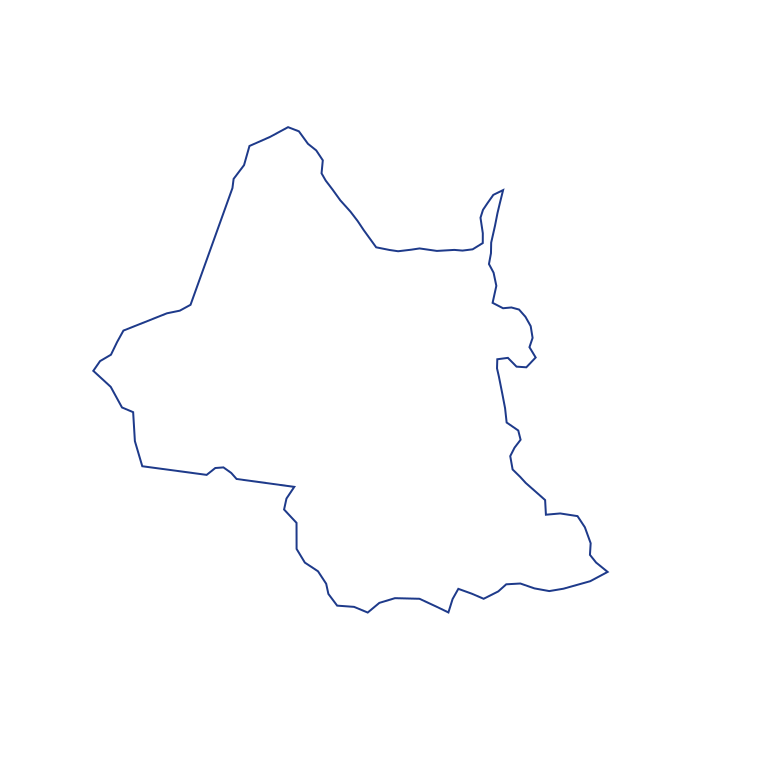 Ouro Verde de Goiás, Goiás, Brazil, rotated 111°
{"feature_id": "56859067B9347116890532", "entity_name": "Ouro Verde de Goiás", "entity_type": "district", "adm_level": 2, "iso_a3": "BRA", "parent_name": "Brazil", "parent_adm1": "Goiás", "projection": "albers", "projection_center": [-49.231, -16.245], "detail": "fine", "context": "isolated", "style": "outline", "palette": "blue", "viewbox_px": 768, "rotation_deg": 111, "n_neighbors": 0, "source": "geoboundaries", "source_scale": "gbopen_adm2", "svg_char_len": 1630}
<svg xmlns="http://www.w3.org/2000/svg" viewBox="0 0 768 768"><g transform="rotate(111 384 384)"><path d="M547.4,580.2L532.4,517.0L522.9,511.4L519.4,504.0L521.8,494.7L525.5,487.6L512.2,430.9L525.9,434.0L537.0,432.3L545.0,415.9L569.3,406.5L579.1,393.9L582.5,378.5L591.2,366.4L599.9,360.7L607.7,348.3L602.8,332.1L603.2,317.3L590.0,309.9L580.0,297.0L571.8,273.9L573.1,254.9L574.2,242.0L560.2,242.9L548.6,241.2L548.3,226.9L548.8,214.0L536.7,203.0L527.2,198.1L521.4,185.2L520.9,170.3L518.1,155.5L510.8,143.1L494.2,120.8L479.3,107.9L474.7,122.0L469.7,130.5L458.6,134.0L445.8,145.1L438.0,156.0L441.7,173.1L448.0,186.0L434.6,192.0L425.6,216.2L421.9,223.6L417.7,233.3L406.1,240.3L396.6,239.3L387.1,236.5L379.3,242.0L376.0,255.7L363.2,262.3L350.8,270.0L335.9,279.4L328.9,284.1L320.3,287.1L315.2,277.7L320.3,266.5L317.4,257.1L304.9,251.9L297.5,261.4L287.7,261.8L277.4,267.8L270.6,276.0L266.1,284.6L266.9,292.5L270.6,300.0L269.3,311.7L252.1,314.3L240.8,321.6L234.4,329.0L223.6,331.0L213.6,334.6L196.4,337.1L183.8,339.3L174.0,340.6L160.3,342.3L168.2,349.7L178.1,352.2L185.9,354.0L194.2,353.5L207.8,345.8L217.0,342.3L226.5,349.5L231.3,358.5L233.6,366.4L240.8,382.3L244.7,399.4L248.9,406.8L255.0,418.4L256.9,426.9L259.2,440.3L247.6,458.1L241.3,467.0L235.1,477.1L228.2,490.6L220.8,501.9L215.0,511.3L209.7,517.8L197.1,521.3L190.2,531.0L187.0,541.1L178.6,554.0L178.6,565.6L194.2,579.0L210.0,594.9L229.8,593.1L246.4,597.9L255.4,595.7L379.4,593.0L388.7,600.9L395.8,612.0L427.5,646.4L440.4,648.2L454.5,649.4L464.4,657.3L475.9,660.1L484.6,638.1L499.8,620.2L500.2,608.1L526.6,596.1L547.4,580.2Z" fill="none" stroke="#1e3a8a" stroke-width="2"/></g></svg>